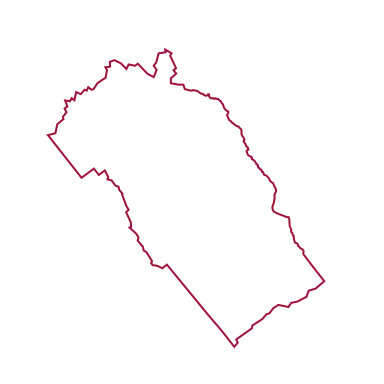 Linn, Oregon, United States of America (Natural Earth projection), rotated 52°
{"feature_id": "52423323B85649045718623", "entity_name": "Linn", "entity_type": "district", "adm_level": 2, "iso_a3": "USA", "parent_name": "United States of America", "parent_adm1": "Oregon", "projection": "natural_earth1", "projection_center": [-122.562, 44.497], "detail": "fine", "context": "isolated", "style": "outline", "palette": "rose", "viewbox_px": 384, "rotation_deg": 52, "n_neighbors": 0, "source": "geoboundaries", "source_scale": "gbopen_adm2", "svg_char_len": 3740}
<svg xmlns="http://www.w3.org/2000/svg" viewBox="0 0 384 384"><g transform="rotate(52 192 192)"><path d="M63.3,125.4L65.6,126.8L62.2,132.9L68.0,140.6L68.9,144.4L74.0,144.7L77.9,151.4L71.5,154.3L57.6,155.7L57.4,159.2L52.5,163.4L54.7,168.0L46.9,168.8L40.3,172.0L38.9,176.6L42.8,179.4L40.3,183.5L43.5,183.8L48.8,189.8L48.4,193.5L48.0,199.5L50.3,206.2L49.5,208.3L45.5,209.2L47.3,212.5L45.3,213.6L46.4,219.4L42.0,221.8L47.3,228.2L44.0,229.1L45.4,232.3L41.8,235.6L47.8,237.5L47.8,241.0L51.9,241.8L53.2,247.3L55.4,248.4L55.7,256.5L61.6,263.5L58.5,270.5L112.8,270.3L113.2,254.9L121.2,254.9L121.3,247.4L128.6,248.8L130.0,250.8L133.4,248.2L139.8,248.4L142.7,246.6L145.3,248.0L150.6,247.9L150.9,248.6L162.4,252.3L167.0,252.9L167.4,256.4L178.1,258.8L182.0,261.4L181.6,263.1L190.6,261.6L194.8,262.1L196.9,264.8L204.9,264.4L208.5,266.1L211.3,264.9L221.8,266.0L222.9,268.0L225.5,268.0L228.5,265.0L233.8,262.3L233.8,256.5L296.0,255.0L321.3,254.0L340.0,254.0L338.9,248.7L335.4,247.9L336.3,228.8L334.4,226.5L335.0,219.5L335.4,214.8L334.2,208.6L335.3,205.7L333.6,199.5L334.1,193.5L342.0,186.8L340.5,182.0L343.2,176.5L345.1,166.3L341.6,160.9L344.2,154.1L343.7,142.7L340.8,142.7L321.5,142.7L309.8,142.5L308.8,142.1L308.1,141.3L307.2,140.4L305.5,140.2L303.6,141.0L302.3,141.2L301.5,141.2L300.6,141.5L299.6,141.6L298.8,140.9L296.8,140.9L295.3,142.0L293.9,141.5L292.3,140.9L291.4,140.2L290.1,139.8L289.4,138.9L287.8,139.0L286.7,138.4L285.7,138.2L285.2,138.5L284.3,138.3L283.8,137.7L281.8,136.7L278.9,135.9L276.6,134.4L275.6,133.7L274.1,132.5L271.5,131.3L269.8,133.1L267.9,134.0L264.6,136.1L262.7,137.2L260.6,138.4L257.6,139.6L255.1,139.1L253.0,137.6L250.8,134.1L249.1,132.3L248.0,130.8L245.0,128.9L243.1,125.1L241.5,124.2L240.4,124.0L238.9,123.7L237.4,123.4L236.2,123.0L235.0,122.7L233.6,123.2L232.4,123.4L232.0,123.6L230.8,123.5L229.8,123.2L228.4,123.0L226.7,123.1L225.8,123.2L224.9,123.3L223.6,124.1L223.2,124.5L222.6,124.6L222.2,124.5L221.6,124.3L220.8,123.9L220.3,123.7L219.8,124.1L219.3,124.4L218.8,124.4L218.3,124.1L217.9,123.7L217.4,123.7L217.0,123.8L216.4,123.9L216.2,124.3L215.8,124.5L215.2,124.3L214.7,124.1L214.2,124.3L213.8,124.7L213.2,124.6L212.6,124.4L212.1,123.9L211.7,123.6L211.2,123.5L210.7,123.7L210.2,124.1L209.9,124.2L209.7,124.0L209.5,123.8L208.9,123.7L208.3,123.7L207.5,123.7L206.7,123.6L206.1,123.6L205.4,123.7L204.7,123.9L204.0,124.1L203.6,124.3L203.0,124.6L202.7,124.5L202.7,124.3L202.8,124.1L202.3,123.8L201.9,123.5L201.0,123.7L200.1,124.1L199.0,124.5L198.0,124.9L196.8,125.1L195.6,124.6L194.3,124.2L193.7,124.2L193.3,123.6L193.2,123.1L192.9,122.3L193.2,122.0L193.4,121.6L193.1,121.4L192.3,121.1L191.2,120.6L190.5,120.7L189.9,120.9L189.2,121.1L188.2,120.6L186.7,120.3L185.3,120.3L184.1,120.2L183.4,119.5L183.3,118.6L182.7,118.4L181.7,118.1L180.5,117.9L178.7,117.8L176.7,117.4L175.8,116.4L174.9,115.9L173.7,115.0L172.6,114.7L171.1,115.0L169.3,115.1L168.4,115.5L167.8,116.1L165.8,116.8L164.0,117.1L161.8,117.8L160.1,117.8L158.8,118.2L157.6,118.4L156.9,118.0L156.0,117.8L155.2,117.6L153.0,117.1L152.0,115.0L151.4,114.1L150.1,114.1L149.7,114.6L146.5,115.1L143.8,114.4L142.4,113.7L141.2,113.7L139.9,113.7L139.0,113.6L137.8,113.5L136.9,113.8L136.1,114.1L135.0,114.1L134.5,114.3L134.3,115.0L133.4,115.7L132.7,115.7L132.2,116.2L132.2,117.0L132.0,117.5L131.3,117.7L130.9,117.8L130.4,118.6L129.8,119.4L129.0,119.6L128.4,119.7L127.7,119.7L127.0,119.6L126.5,119.1L126.0,118.6L125.3,118.6L124.9,119.1L125.2,119.7L125.2,120.6L124.8,121.7L123.9,122.4L123.2,122.7L122.6,122.9L122.0,122.9L121.5,122.9L119.8,124.5L116.2,125.4L114.6,126.4L112.3,128.6L112.1,129.7L110.1,131.7L106.4,134.3L102.2,132.7L98.8,136.8L93.3,141.7L89.4,138.6L89.0,131.5L84.7,131.6L84.6,128.3L71.2,125.3L70.1,122.7L63.3,125.4Z" fill="none" stroke="#9f1239" stroke-width="2"/></g></svg>